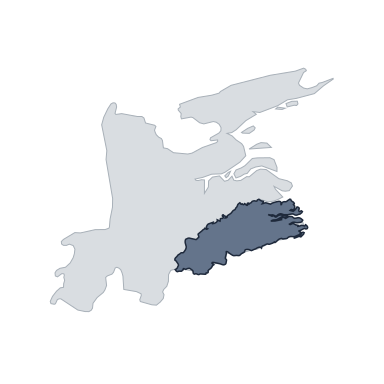 where Khulna sits in Bangladesh, rotated 262°
{"feature_id": "BGD-2432", "entity_name": "Khulna", "entity_type": "Division", "adm_level": 1, "iso_a3": "BGD", "parent_name": "Bangladesh", "parent_adm1": "", "projection": "robinson", "projection_center": [89.364, 22.917], "detail": "fine", "context": "in_parent", "style": "filled", "palette": "slate", "viewbox_px": 384, "rotation_deg": 262, "n_neighbors": 0, "source": "natural_earth", "source_scale": "10m", "svg_char_len": 9750}
<svg xmlns="http://www.w3.org/2000/svg" viewBox="0 0 384 384"><g transform="rotate(262 192 192)"><path d="M132.4,277.5L132.3,267.7L126.3,248.5L126.6,246.3L125.4,237.1L123.8,231.9L123.1,226.5L126.7,218.6L125.3,217.3L117.2,214.9L116.3,212.9L118.0,205.2L112.2,197.8L110.0,192.4L116.1,174.7L117.7,162.4L117.3,160.0L113.5,157.3L106.8,156.2L102.1,153.9L99.4,150.4L97.1,149.0L94.2,150.0L90.5,148.7L87.4,145.2L84.9,141.0L85.9,136.5L90.7,125.6L92.6,125.3L96.7,127.4L98.3,127.4L101.1,123.1L105.0,110.9L118.4,111.9L121.6,111.5L125.0,110.6L126.8,109.0L127.9,107.1L127.5,105.4L123.4,103.1L121.8,101.3L120.7,96.5L119.4,94.6L111.3,94.4L107.1,92.1L104.8,90.1L100.7,83.4L95.6,78.5L90.8,77.3L88.9,75.7L87.9,73.2L88.5,69.5L91.0,62.5L104.4,47.3L104.7,45.6L104.2,43.7L100.3,41.2L100.0,40.0L101.1,36.8L103.4,36.4L108.0,39.3L112.6,44.0L115.4,48.2L115.5,51.5L119.2,52.2L122.2,53.6L125.4,53.2L127.4,54.0L128.8,53.7L129.3,51.8L126.7,47.0L127.9,45.0L131.0,45.1L133.2,46.9L134.8,50.6L135.1,56.3L138.7,61.5L143.5,65.2L147.2,66.9L151.7,68.1L155.5,66.9L157.4,63.3L156.6,60.1L157.1,57.2L158.7,55.6L161.1,55.7L162.9,58.0L168.1,70.3L167.0,75.8L168.2,90.9L166.9,100.8L167.7,104.6L168.6,105.3L176.5,107.1L187.9,111.1L196.6,112.5L236.1,111.4L244.8,113.4L271.1,111.9L278.3,115.0L286.1,120.2L290.5,124.0L291.3,126.2L290.9,128.1L289.4,129.1L286.7,129.2L280.5,126.7L279.4,127.4L279.4,133.3L274.4,148.2L273.7,152.9L272.0,154.7L266.8,155.6L263.3,164.3L261.9,165.4L258.5,163.5L256.4,163.8L253.7,164.6L251.0,166.6L249.2,169.1L247.1,169.9L239.7,169.8L238.3,173.8L233.5,179.1L230.2,193.1L230.5,197.4L234.6,208.5L237.5,223.0L238.6,224.5L240.0,224.6L240.1,218.0L241.4,217.1L243.1,217.9L246.6,226.8L248.6,229.1L251.7,229.7L255.2,228.4L257.7,225.8L258.8,222.9L257.8,213.2L259.5,209.2L265.5,203.3L266.3,201.5L265.9,191.7L268.2,191.4L271.2,192.2L275.0,189.8L276.2,189.8L277.8,192.3L280.6,191.9L284.8,211.2L285.1,224.9L286.1,232.5L287.6,234.2L292.2,245.6L296.7,285.7L297.3,311.1L299.1,319.8L297.7,321.7L296.2,322.1L294.8,319.1L285.1,312.6L282.7,313.3L279.4,317.0L278.1,320.5L278.7,325.4L279.8,330.2L282.1,333.0L282.3,336.0L284.9,347.5L284.2,347.6L278.9,337.1L272.4,326.9L270.2,308.5L270.0,299.4L265.5,288.8L261.3,270.2L263.1,263.6L260.0,266.5L255.2,255.3L247.5,244.4L245.3,239.6L245.2,234.8L241.9,239.6L237.5,242.9L233.0,247.9L230.0,249.4L220.4,250.3L214.9,243.6L206.9,227.3L205.9,223.6L206.9,214.0L205.0,204.8L204.4,196.8L203.0,197.5L202.5,199.7L202.8,203.1L202.2,206.0L188.9,204.1L194.6,208.9L200.7,210.0L203.9,214.3L204.1,221.4L198.1,225.7L198.6,229.4L202.1,233.8L197.9,235.0L196.8,237.9L196.7,242.0L199.6,248.3L199.1,250.8L204.2,259.0L205.1,263.0L203.9,268.6L193.1,279.9L189.9,287.9L187.2,291.6L183.9,292.3L179.8,288.5L179.8,284.6L180.6,281.5L186.2,274.0L183.2,275.0L174.4,281.2L172.7,276.2L171.6,271.6L171.6,265.9L175.8,257.4L171.0,261.6L169.7,266.9L170.3,273.2L169.6,277.6L167.8,283.4L165.2,286.8L161.1,289.1L159.2,292.5L156.4,295.0L155.5,283.3L152.5,267.6L151.8,271.0L153.4,280.8L153.3,287.1L151.0,292.1L146.4,297.5L142.9,298.2L140.9,297.4L134.4,289.3L133.8,281.7L132.4,277.5ZM212.7,277.7L204.6,279.6L200.5,279.0L208.1,264.8L207.9,258.5L206.7,253.4L202.7,249.2L202.5,246.3L200.7,242.2L199.8,237.5L204.2,236.0L207.7,238.7L209.0,244.1L210.7,248.1L216.8,256.4L216.7,261.4L215.1,273.9L212.7,277.7ZM230.0,273.0L225.1,276.8L226.6,254.5L230.3,262.8L231.3,267.2L230.0,273.0ZM248.9,261.9L246.7,263.5L244.7,262.1L242.1,256.9L243.3,250.2L244.1,249.3L247.3,256.1L248.9,261.9ZM267.3,308.9L264.5,309.2L263.1,307.6L263.7,305.4L263.0,298.1L266.5,297.4L267.9,303.5L267.3,308.9ZM264.1,288.7L262.0,295.9L261.2,292.7L262.6,286.4L264.1,288.7ZM206.3,230.6L207.1,233.0L202.6,230.0L201.4,227.8L203.4,226.7L206.3,230.6Z" fill="#d9dde1" stroke="#a8b0b8" stroke-width="1"/><path d="M132.8,275.5L133.6,274.3L133.5,273.0L133.3,272.0L132.9,271.1L130.9,268.2L130.4,267.1L131.1,266.6L130.3,265.2L130.1,264.5L129.5,261.6L129.5,261.1L129.6,260.6L130.0,259.9L130.1,259.4L129.9,258.2L129.1,256.0L128.7,254.1L128.1,253.6L126.7,253.0L127.7,252.2L128.0,251.0L127.8,249.5L127.3,248.2L126.8,247.0L126.4,245.1L125.9,243.6L125.7,242.6L126.1,241.9L127.1,240.4L127.5,238.6L127.5,237.6L127.4,236.8L126.9,236.3L125.6,235.8L125.1,235.1L124.1,232.6L123.6,231.7L122.7,230.6L122.5,230.0L122.6,228.9L123.0,227.4L123.1,224.6L123.7,223.3L126.3,220.4L127.5,219.3L127.9,218.8L128.2,218.2L128.2,217.7L127.9,217.5L126.6,217.5L126.2,217.4L122.6,216.0L121.8,215.8L121.2,215.9L120.5,216.5L120.1,216.7L119.6,216.7L116.6,215.7L115.9,215.1L115.5,214.0L115.5,212.9L115.9,211.8L117.0,209.9L119.3,203.5L119.4,202.3L118.8,201.8L118.1,202.3L117.6,203.2L117.0,203.5L116.3,202.0L115.8,201.8L114.5,200.8L113.7,199.9L112.6,197.8L111.9,197.0L111.5,196.9L110.6,197.0L110.2,196.8L109.7,196.2L109.7,195.9L109.8,195.5L109.9,194.8L109.7,194.6L109.2,194.5L108.8,194.3L108.7,193.7L109.7,188.8L109.6,188.3L109.3,187.5L109.3,186.9L109.5,186.4L110.2,185.2L110.5,184.6L110.5,184.1L110.3,183.1L110.5,182.6L111.2,182.0L112.1,181.9L113.1,182.0L114.0,181.8L114.6,181.3L116.4,179.5L116.8,178.9L116.9,177.9L116.8,176.7L116.5,175.7L116.2,175.1L116.8,174.0L117.3,173.3L117.3,172.8L116.2,172.5L116.1,171.8L115.2,171.0L115.0,170.4L115.3,168.8L115.4,168.1L115.2,167.0L115.1,166.5L115.4,165.9L115.9,165.4L117.6,164.6L117.7,165.0L117.8,165.4L118.6,166.6L118.9,166.9L120.0,167.5L121.0,168.3L121.9,168.4L122.8,168.2L125.8,166.7L126.4,166.2L126.9,165.6L127.3,165.6L128.2,165.8L129.0,166.4L130.1,167.9L131.8,169.7L132.2,171.0L133.1,172.3L133.3,172.8L133.3,173.3L133.1,174.5L133.2,175.0L133.7,175.6L135.4,177.2L136.4,177.9L137.4,178.4L138.7,178.7L142.6,178.2L143.8,178.3L145.0,178.6L146.0,179.1L146.7,181.2L146.8,181.7L146.8,182.7L144.3,189.4L144.5,189.9L146.4,192.5L147.7,192.4L148.5,192.2L149.1,192.1L149.6,192.3L152.3,196.7L152.9,197.4L153.2,198.0L153.7,199.2L154.2,199.5L154.4,199.7L154.0,200.3L153.1,201.0L153.1,201.8L153.4,202.4L154.1,201.3L155.5,201.4L156.9,202.3L157.8,203.2L158.2,204.3L159.1,208.7L158.5,208.4L158.2,207.9L157.8,207.9L157.8,209.6L158.5,211.7L159.6,213.1L161.0,213.1L160.5,213.9L159.6,214.9L159.2,215.7L161.6,216.4L161.8,217.3L161.6,218.5L162.3,219.4L162.9,219.5L163.7,218.8L164.2,218.7L164.9,219.0L165.1,219.5L165.0,219.9L164.4,220.2L164.1,220.4L163.4,221.5L163.0,222.2L162.6,222.0L161.7,221.2L161.6,221.8L161.8,222.7L162.0,223.1L162.4,223.4L163.2,223.6L163.6,223.8L164.0,224.5L165.2,227.1L165.9,228.1L167.4,229.6L168.0,230.4L168.5,231.9L168.7,232.3L169.9,233.0L171.2,234.5L173.2,235.6L173.8,236.3L174.7,237.9L174.0,238.5L173.5,238.5L173.3,238.6L172.9,239.4L173.3,239.9L173.3,240.1L173.2,240.3L172.5,240.7L172.3,241.1L172.4,241.8L172.5,242.0L172.9,242.2L173.2,242.5L172.9,242.9L171.5,243.9L171.1,244.5L171.1,244.8L171.4,244.9L172.6,245.0L173.0,245.2L173.2,245.6L173.3,246.0L173.2,246.3L173.1,246.5L172.9,246.5L172.4,246.3L172.2,246.3L171.9,246.5L172.7,247.7L173.3,249.3L174.0,249.9L174.3,250.2L174.4,250.6L174.6,251.4L174.6,252.6L174.0,254.2L174.0,254.7L174.0,254.9L174.2,255.1L175.0,255.6L175.1,255.9L175.5,257.2L174.0,258.8L173.4,259.7L173.2,260.5L172.8,261.4L172.0,261.1L170.6,259.9L170.7,261.1L171.1,262.9L170.9,264.0L169.0,268.1L169.6,269.2L170.1,271.1L170.6,274.7L170.7,276.6L170.5,277.5L170.1,278.2L169.4,278.7L168.7,278.6L168.0,278.4L167.1,278.4L167.1,278.8L168.1,279.2L168.9,279.8L169.4,280.6L169.6,281.9L169.3,283.4L169.4,284.0L169.5,284.5L170.2,285.5L170.6,286.5L171.0,287.2L171.3,287.8L171.0,288.7L169.6,289.1L168.4,290.2L167.9,291.0L166.6,291.7L166.1,291.7L165.9,291.5L165.6,290.7L165.0,290.9L164.3,291.4L163.8,291.7L163.0,291.6L162.1,291.4L161.3,291.1L160.8,290.6L160.4,289.6L160.4,289.0L160.9,288.0L160.8,287.5L160.1,286.5L158.8,289.5L159.3,290.5L160.2,291.8L161.3,293.0L162.2,293.5L162.6,294.0L162.1,295.1L161.1,295.9L159.9,295.6L159.4,295.2L158.9,295.1L157.7,295.4L157.6,295.7L158.2,297.6L157.3,298.6L156.3,297.9L155.0,295.7L155.1,294.8L154.5,292.5L154.7,291.3L155.0,290.6L155.9,289.5L156.3,288.7L156.4,287.8L156.2,283.9L156.6,280.8L156.8,279.7L157.9,277.6L158.2,276.4L158.0,275.2L157.6,274.1L157.0,273.1L156.4,272.3L156.4,271.6L157.8,269.5L158.2,268.6L158.2,267.5L158.4,266.4L158.7,265.3L159.1,264.4L158.6,264.8L158.2,265.5L157.5,267.0L157.0,267.5L156.8,268.0L157.3,269.3L157.0,269.7L156.1,270.5L155.5,271.4L155.6,272.1L156.6,274.0L156.8,274.6L156.9,275.2L156.9,276.4L156.8,277.0L156.4,278.0L155.9,282.0L155.6,282.8L154.8,283.3L154.4,282.5L154.3,280.1L154.5,279.5L154.9,278.4L155.0,277.7L152.9,272.3L152.8,271.2L153.0,268.8L152.9,267.7L152.5,266.6L152.1,266.6L151.7,270.1L152.1,276.9L152.5,276.9L152.5,276.2L152.7,275.5L153.0,275.1L153.1,275.3L153.3,276.4L153.6,277.0L154.1,278.1L154.1,278.9L153.7,280.2L153.4,280.5L152.9,280.6L152.8,280.8L152.8,281.2L153.1,281.7L153.3,282.3L153.8,283.6L154.2,284.1L154.3,284.5L153.8,287.4L153.4,288.0L152.1,289.1L151.6,290.0L151.6,290.8L151.8,293.0L151.7,294.2L151.2,295.3L150.6,296.1L148.9,297.7L148.4,297.7L147.2,296.3L146.9,295.5L146.9,294.1L147.0,291.7L147.3,290.7L147.9,289.0L148.0,287.8L147.8,286.7L146.9,284.9L146.7,284.0L146.4,284.0L146.1,284.8L146.2,285.5L146.5,286.1L146.7,286.9L146.7,287.8L146.5,288.3L145.3,289.8L145.0,290.3L144.0,292.7L143.8,292.7L143.5,292.0L143.2,292.0L143.2,293.4L143.7,295.5L143.5,296.8L142.7,298.7L142.9,299.3L143.8,299.8L143.3,300.5L142.5,301.1L141.6,301.5L140.7,301.6L139.8,301.1L139.5,300.1L139.7,299.1L140.2,298.7L140.3,298.1L138.8,293.7L138.7,292.6L138.5,292.4L138.1,292.7L137.6,293.2L137.4,293.7L137.2,293.9L136.6,293.8L135.5,293.2L135.1,292.7L134.9,292.4L133.7,288.0L133.6,287.1L133.7,286.0L134.2,283.7L134.2,282.5L133.9,281.3L132.9,279.8L132.7,279.0L132.9,276.5L132.8,275.5ZM134.3,293.6L136.5,295.0L136.7,296.5L136.1,297.4L134.7,296.6L132.4,293.6L132.4,293.4L132.7,293.1L133.0,292.0L133.0,291.0L132.5,289.2L132.4,288.4L132.1,287.4L132.1,286.9L132.7,286.9L132.9,287.0L133.1,287.6L133.3,288.4L133.8,292.0L134.3,293.6Z" fill="#64748b" stroke="#1e293b" stroke-width="1.5"/></g></svg>